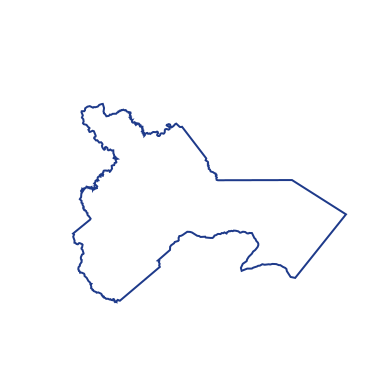 Valparaíso, Caquetá, Colombia, rotated 338°
{"feature_id": "7082276B64086191085481", "entity_name": "Valparaíso", "entity_type": "district", "adm_level": 2, "iso_a3": "COL", "parent_name": "Colombia", "parent_adm1": "Caquetá", "projection": "orthographic", "projection_center": [-75.73, 1.085], "detail": "fine", "context": "isolated", "style": "outline", "palette": "blue", "viewbox_px": 384, "rotation_deg": 338, "n_neighbors": 0, "source": "geoboundaries", "source_scale": "gbopen_adm2", "svg_char_len": 5968}
<svg xmlns="http://www.w3.org/2000/svg" viewBox="0 0 384 384"><g transform="rotate(338 192 192)"><path d="M87.3,179.4L66.1,186.0L66.7,187.2L65.1,189.0L64.9,193.1L64.0,195.0L64.9,195.7L65.4,196.9L66.1,197.5L66.7,197.7L67.7,197.1L68.7,197.3L70.6,199.2L70.8,199.9L69.4,202.1L68.5,202.6L68.3,203.3L68.8,204.6L68.5,208.3L68.1,208.7L66.6,208.8L64.5,210.9L63.9,212.5L64.3,213.8L63.8,214.2L63.5,215.5L60.8,217.3L60.4,218.4L58.7,219.2L57.9,220.5L57.6,221.4L57.8,221.9L57.6,222.9L58.0,223.2L58.2,223.9L58.0,224.9L59.5,225.4L61.3,227.3L61.4,228.2L60.9,229.6L62.2,232.2L62.6,235.7L63.7,238.0L63.3,239.2L64.2,239.6L63.3,240.3L63.1,242.4L62.4,243.2L63.2,245.0L63.1,245.6L63.6,245.8L63.7,247.0L65.6,248.8L65.8,249.6L67.5,250.0L69.5,252.1L69.9,253.1L69.7,253.7L70.2,254.6L70.0,254.8L70.1,255.4L70.5,255.4L70.7,256.4L71.1,256.4L71.0,257.1L71.9,257.8L72.4,258.9L74.1,259.5L75.3,260.8L76.3,260.9L76.6,261.8L77.9,262.6L78.6,262.4L78.9,261.8L79.3,261.9L79.6,263.4L79.1,264.5L79.4,265.2L79.9,265.1L80.6,265.7L80.7,265.0L82.5,264.3L82.7,264.8L83.3,264.7L84.4,265.8L134.1,249.4L134.1,247.6L135.1,246.5L135.0,244.7L135.8,243.7L134.6,242.8L149.9,237.5L151.2,234.6L152.7,233.6L156.1,232.8L157.3,231.9L160.8,232.2L161.6,231.8L162.4,229.5L163.8,228.1L165.3,228.5L167.0,228.4L172.7,227.1L175.3,228.3L176.8,229.5L180.4,234.5L182.1,235.5L183.1,236.9L187.5,238.4L187.6,239.2L188.0,239.5L192.3,241.7L193.9,242.3L195.1,241.9L196.6,240.8L197.9,241.0L200.4,240.6L202.7,241.7L204.2,241.2L205.6,241.9L206.9,241.6L208.5,243.4L209.7,242.4L211.2,242.4L211.7,242.1L212.6,242.7L213.8,242.7L215.2,243.6L216.2,243.4L218.2,244.4L220.3,245.9L221.2,247.6L221.8,247.9L224.3,247.9L226.3,249.0L227.7,251.1L229.0,251.6L229.7,251.4L232.2,252.5L232.6,258.2L233.2,259.2L233.3,261.5L234.1,263.5L234.1,264.8L233.6,266.1L232.3,267.5L230.8,268.4L228.8,269.5L226.4,270.1L224.3,271.7L220.4,273.3L217.9,275.1L216.7,276.6L212.2,277.6L208.9,280.7L208.5,283.7L214.4,283.7L218.8,285.4L220.5,285.1L224.4,285.4L225.7,285.2L227.4,285.7L230.1,285.3L232.2,286.7L236.2,287.8L237.3,288.5L239.6,288.8L243.1,290.4L245.2,292.4L246.5,292.9L248.2,295.4L250.0,297.3L250.7,298.8L250.3,300.9L251.6,307.7L255.5,310.3L326.4,270.4L289.2,218.4L220.4,190.8L219.4,190.0L219.7,188.3L220.5,187.8L220.0,186.2L220.6,185.2L221.1,185.3L221.1,184.8L220.5,184.2L220.7,183.7L219.6,182.6L219.1,181.7L217.0,179.9L217.0,177.9L216.2,176.9L216.5,175.8L216.9,175.5L216.6,173.8L217.3,173.6L217.1,171.9L217.8,171.3L218.0,169.9L216.5,167.7L217.8,166.2L207.2,127.8L206.2,127.7L205.0,127.0L203.0,122.7L202.1,122.7L199.3,124.0L197.3,124.4L196.8,123.4L196.9,121.3L196.0,120.4L193.9,120.3L193.5,120.6L193.8,121.4L195.1,122.9L195.3,124.5L194.7,125.3L193.6,125.4L192.1,124.1L190.8,123.8L190.0,124.4L189.1,126.4L188.1,127.2L187.5,127.3L186.1,126.3L185.1,126.1L184.4,126.4L183.5,127.5L182.6,127.8L181.6,127.4L181.0,126.3L181.3,125.6L182.6,124.7L182.7,123.5L182.2,122.9L180.9,123.0L178.5,121.8L175.0,122.5L174.6,121.8L173.1,121.6L172.7,120.5L171.9,120.3L171.0,120.6L169.9,120.4L169.6,121.6L168.8,122.0L169.0,121.4L168.5,120.8L169.1,119.8L168.6,119.7L168.6,119.1L169.3,118.8L169.1,118.6L169.5,117.6L168.7,117.8L168.9,117.3L168.4,117.0L169.3,116.3L169.9,115.3L169.4,114.9L169.7,113.8L170.2,113.6L170.5,112.9L169.3,112.3L169.3,111.6L168.6,112.0L168.3,111.7L168.9,110.6L168.4,110.1L168.7,109.8L168.6,109.3L168.0,108.9L168.1,108.5L167.1,107.9L166.8,108.5L165.4,108.7L165.4,108.0L165.0,108.4L164.8,107.7L165.5,106.7L164.6,105.6L163.9,105.9L163.0,105.4L162.7,104.8L162.9,103.5L163.4,103.1L163.2,103.1L163.0,101.1L162.5,101.4L162.3,101.0L162.9,100.6L162.6,100.0L162.9,100.1L162.9,99.6L163.3,99.5L163.0,99.0L163.5,98.5L163.2,97.9L163.5,97.7L163.4,97.0L164.5,96.0L164.2,95.6L164.6,95.1L164.3,94.8L163.7,95.1L163.2,94.9L163.5,94.5L161.6,92.8L161.2,91.2L160.1,91.0L159.1,89.9L158.4,90.1L157.5,89.6L156.6,89.9L156.0,89.5L155.4,90.0L154.1,89.7L153.6,90.4L152.8,90.2L151.0,91.0L147.8,89.8L145.9,90.1L144.8,89.5L144.2,90.0L143.1,90.2L141.0,89.7L140.6,87.3L139.8,86.1L140.2,85.4L140.0,84.5L141.9,81.2L142.3,76.9L141.0,76.6L138.7,76.5L136.6,77.5L134.2,77.2L132.8,76.5L131.8,76.7L129.4,74.1L127.0,73.7L124.3,74.4L123.4,76.1L122.4,76.7L120.0,75.8L119.4,76.7L119.5,80.0L117.8,81.8L118.5,83.8L117.9,86.1L116.7,87.3L117.0,88.5L119.3,90.2L120.1,92.9L120.9,94.1L120.7,94.7L119.3,95.4L119.5,97.9L120.3,98.1L122.8,98.0L123.8,98.9L123.8,103.6L123.4,104.4L121.8,104.8L121.4,105.6L122.4,108.3L123.6,108.6L124.5,111.4L126.3,111.8L126.9,113.2L126.9,114.3L125.8,115.4L125.6,117.1L126.0,119.1L126.4,119.9L127.2,119.8L128.0,118.1L129.1,118.0L130.0,119.4L129.7,121.2L130.0,121.9L130.6,122.2L132.2,122.0L133.0,123.4L134.6,123.9L133.6,126.8L133.7,128.1L133.4,129.2L134.1,130.8L133.6,131.2L132.3,130.9L132.0,131.2L132.8,132.1L134.5,132.2L135.3,133.3L134.2,133.1L133.5,133.4L133.1,134.1L133.1,136.0L132.8,136.3L131.2,136.1L129.9,137.9L128.1,137.5L127.3,137.7L126.6,140.4L123.7,142.4L123.3,142.4L123.3,141.2L122.9,140.7L121.3,140.6L120.4,139.9L118.5,139.2L117.6,139.6L117.1,140.6L115.7,141.3L116.2,142.5L115.4,143.5L114.2,142.4L113.3,142.5L114.0,141.7L113.9,141.5L113.0,141.8L113.1,143.0L112.9,143.5L111.9,142.7L110.8,142.8L109.9,143.4L109.3,144.7L109.5,145.9L109.0,145.7L108.6,146.2L108.1,145.2L107.5,145.3L107.2,145.7L106.7,145.6L106.2,146.5L104.7,147.4L105.2,147.7L104.7,149.3L105.4,149.5L106.5,152.0L105.7,151.3L105.3,152.8L104.2,152.7L103.5,151.3L103.2,152.7L102.0,152.9L101.7,152.0L100.9,152.7L101.2,151.6L101.8,151.4L100.6,150.6L99.7,151.1L99.5,150.9L99.8,150.4L100.5,150.3L100.7,149.7L99.7,149.7L98.6,150.3L98.2,149.8L98.8,149.5L98.7,149.2L97.6,148.6L97.2,148.9L97.1,148.2L96.2,147.5L95.0,148.5L93.5,148.7L92.5,149.4L92.9,148.5L92.0,148.7L92.0,148.3L91.7,148.4L91.4,148.0L90.8,149.3L90.5,148.8L89.5,149.5L89.6,151.5L88.9,151.9L87.2,155.3L85.3,156.6L86.3,158.9L85.5,160.5L86.3,161.7L85.8,162.3L85.7,163.7L86.1,164.8L85.8,165.8L85.1,166.0L85.1,167.1L85.8,168.1L85.4,168.6L86.7,170.0L86.6,171.8L87.2,172.5L86.7,173.3L86.6,174.6L87.2,175.5L88.0,178.7L87.3,179.4Z" fill="none" stroke="#1e3a8a" stroke-width="2"/></g></svg>